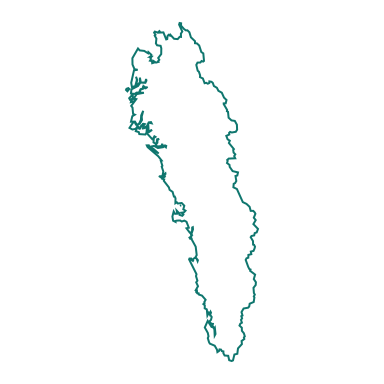 outline of Thandwe, Rakhine, Myanmar
{"feature_id": "60261553B46892654123535", "entity_name": "Thandwe", "entity_type": "district", "adm_level": 2, "iso_a3": "MMR", "parent_name": "Myanmar", "parent_adm1": "Rakhine", "projection": "albers", "projection_center": [94.444, 18.437], "detail": "fine", "context": "isolated", "style": "outline", "palette": "teal", "viewbox_px": 384, "rotation_deg": 0, "n_neighbors": 0, "source": "geoboundaries", "source_scale": "gbopen_adm2", "svg_char_len": 5977}
<svg xmlns="http://www.w3.org/2000/svg" viewBox="0 0 384 384"><path d="M246.5,203.9L242.8,202.1L236.9,189.0L233.4,187.3L233.7,183.8L235.1,183.1L236.3,181.0L235.5,176.0L237.3,175.5L238.0,172.4L232.6,171.1L229.7,166.9L229.5,164.9L227.0,163.0L227.7,160.8L227.2,160.0L228.7,158.6L235.2,158.3L234.2,156.1L235.3,154.3L233.6,152.6L233.2,149.9L233.9,149.1L228.9,143.0L229.8,140.7L227.6,139.3L226.3,135.9L229.3,134.5L229.1,132.9L230.1,131.9L231.8,132.5L235.8,131.8L237.1,129.7L236.9,124.7L234.8,120.9L231.5,120.4L228.6,117.7L228.0,111.8L226.9,111.2L227.1,109.9L223.7,104.1L223.7,103.4L225.7,103.3L226.5,100.0L224.0,97.6L221.8,92.7L218.4,90.8L216.9,87.8L213.9,86.0L212.8,82.9L211.5,81.8L209.4,81.4L209.3,83.0L207.8,83.7L206.2,82.8L204.6,83.2L202.9,78.5L200.0,77.1L200.1,75.3L198.9,71.7L197.7,70.7L196.3,64.9L197.5,62.6L200.4,62.5L201.6,61.0L203.1,61.6L204.0,60.9L203.3,53.4L201.3,52.0L199.2,45.5L196.9,43.4L195.0,43.2L195.0,41.2L190.9,37.3L189.4,32.3L187.4,30.3L185.9,30.4L184.1,29.1L181.0,25.6L181.1,23.3L179.6,23.0L179.1,24.6L182.3,31.5L180.9,33.6L181.0,36.9L179.7,36.8L177.7,39.1L174.1,38.8L170.3,34.7L169.9,35.6L168.6,34.8L167.5,36.1L167.2,39.1L166.2,39.4L163.4,32.4L159.4,32.6L160.0,31.9L159.4,31.1L157.8,32.6L154.8,31.6L154.1,32.6L155.5,34.8L154.7,35.6L156.4,38.6L155.9,43.4L157.1,45.3L160.6,45.8L161.3,48.3L161.2,54.1L158.2,58.0L159.3,59.8L158.1,61.2L158.5,61.9L156.0,62.6L153.8,61.2L154.1,62.6L152.2,63.2L152.0,61.1L150.0,60.7L151.0,59.1L150.4,58.0L151.5,56.8L149.9,56.8L151.4,55.7L151.4,54.8L148.4,52.1L148.1,53.3L144.2,50.9L139.7,50.4L138.0,48.5L132.4,58.2L132.5,64.5L134.5,69.2L137.7,69.8L134.0,70.3L131.2,82.8L131.9,86.9L135.2,86.2L136.9,79.9L136.0,76.7L137.2,79.9L136.0,86.2L139.9,82.4L139.9,77.6L140.8,82.5L145.2,82.5L146.1,79.0L146.4,80.7L145.4,82.8L140.4,82.6L138.0,86.0L131.5,89.3L130.9,93.5L134.7,93.9L136.6,92.6L139.0,92.6L140.4,89.4L140.9,89.0L142.9,88.5L143.1,86.6L143.6,86.2L144.8,86.9L145.2,88.0L147.6,86.9L145.6,88.3L145.0,88.2L143.5,86.4L143.1,88.7L140.4,89.7L139.8,92.6L143.9,92.8L136.7,94.1L133.8,98.4L136.3,99.1L131.2,105.9L132.5,107.6L133.1,113.9L134.8,114.7L132.3,116.2L131.0,121.7L135.0,121.6L136.9,124.9L139.1,123.6L140.9,119.9L141.2,115.4L143.2,110.8L141.7,116.7L142.0,120.0L139.9,123.5L137.4,125.1L136.0,124.7L134.7,122.1L133.0,122.6L129.5,127.9L132.4,129.5L135.7,128.9L137.5,126.2L139.7,128.2L141.5,125.2L142.8,125.1L143.0,123.9L143.5,123.8L144.8,124.1L143.7,125.5L143.6,128.1L147.0,126.0L148.7,122.4L151.0,122.1L151.6,123.3L148.9,122.7L148.2,123.5L148.5,129.0L147.8,131.5L152.1,129.9L148.8,132.2L147.3,132.1L147.0,133.4L152.4,139.3L153.5,138.9L153.4,138.1L154.4,136.3L155.4,136.9L153.8,138.0L153.5,142.4L155.5,143.6L156.6,143.0L157.1,139.3L159.1,138.8L157.4,140.2L157.4,142.7L155.9,144.6L157.0,146.5L161.3,146.1L162.4,143.7L162.2,146.1L165.0,145.4L166.2,145.9L165.9,147.3L164.6,146.2L163.1,147.2L157.9,148.0L154.1,145.9L150.6,146.6L150.2,147.3L153.0,148.5L158.7,153.5L150.1,147.8L148.8,145.3L146.8,145.4L147.6,147.1L158.3,156.3L161.7,160.6L160.8,160.8L162.4,165.8L161.7,166.6L163.3,171.5L162.6,175.3L165.4,173.3L165.5,173.9L164.0,175.3L165.5,176.8L164.1,176.4L164.0,177.1L162.2,177.6L162.1,178.7L164.2,179.4L163.8,180.8L168.9,187.4L169.6,189.8L172.6,191.9L173.9,196.5L174.7,196.5L175.5,198.3L175.4,203.2L176.8,202.3L177.8,203.5L181.7,203.0L184.3,205.7L183.3,209.3L185.5,210.7L183.9,212.4L181.6,212.7L183.4,214.6L182.3,215.8L179.6,214.9L179.6,213.7L176.7,210.6L177.3,213.7L175.0,213.8L173.7,211.5L172.4,216.5L173.1,220.7L175.5,221.9L175.4,221.0L176.9,220.6L180.2,220.5L181.8,221.5L184.3,220.6L186.5,221.8L188.8,227.7L186.5,228.3L189.9,232.8L190.9,232.8L192.1,230.8L192.2,227.5L192.8,227.2L193.0,229.3L191.4,234.1L192.5,235.9L191.0,234.3L191.3,236.4L189.5,237.6L190.2,238.7L192.0,237.7L191.3,238.7L195.7,246.7L196.7,255.1L195.5,257.2L197.9,260.2L197.6,261.1L196.6,258.5L194.9,257.8L192.1,259.8L193.1,260.5L192.9,260.9L191.6,260.0L191.1,258.5L189.5,258.5L189.1,259.4L196.5,274.2L196.0,276.1L197.4,280.7L196.2,282.3L198.0,286.2L195.8,290.1L196.9,290.3L197.0,291.8L196.2,291.2L196.2,292.1L197.5,293.5L198.6,293.3L199.0,294.6L202.0,295.6L205.6,299.8L204.3,302.1L204.6,303.1L203.4,304.1L204.8,305.3L204.7,308.3L206.8,309.4L207.4,315.5L208.8,312.7L209.7,314.4L210.6,311.9L211.0,312.7L210.1,314.7L211.7,317.0L211.0,319.8L209.3,321.6L211.5,323.8L212.9,323.9L212.4,326.2L214.2,327.5L214.6,329.0L214.9,328.4L215.5,334.0L214.7,335.5L214.4,329.3L213.1,327.3L211.5,326.9L207.7,320.9L204.8,327.5L207.8,332.9L208.5,336.3L207.8,338.1L209.0,342.1L209.8,343.6L214.7,345.7L217.0,349.7L217.4,352.1L219.0,351.0L219.5,349.4L221.0,349.6L221.8,351.1L223.4,351.4L223.4,353.3L224.6,355.5L228.2,355.8L229.2,360.2L231.7,361.0L233.0,360.4L234.4,354.5L237.3,353.8L238.0,348.4L241.9,344.1L241.6,341.0L244.3,339.0L243.9,337.4L244.8,336.4L243.9,333.3L241.9,330.8L241.8,327.7L239.5,325.6L240.3,323.7L241.9,322.7L241.0,319.9L242.1,318.3L241.3,316.2L242.5,315.5L241.5,312.1L243.6,308.5L248.1,307.7L249.2,306.5L249.7,303.7L253.7,302.0L254.4,297.4L253.8,296.5L254.8,294.6L253.9,293.0L253.5,287.8L255.7,285.0L255.9,282.2L253.8,279.1L255.1,274.6L250.1,270.8L250.5,269.5L249.3,269.0L248.2,266.8L245.7,259.9L246.5,258.3L248.3,257.7L248.4,254.9L251.3,254.2L250.8,251.6L253.5,250.9L254.5,248.6L255.0,246.7L254.1,244.9L253.1,244.6L253.0,241.1L250.7,237.2L251.5,236.0L254.2,235.4L254.7,233.1L256.7,232.4L258.0,228.9L253.4,224.1L255.7,220.1L253.8,217.7L255.4,213.8L254.7,212.4L253.3,210.9L250.7,210.9L249.6,206.8L246.5,203.9ZM143.0,128.2L143.3,126.0L144.4,124.2L143.1,124.1L143.1,124.9L142.7,125.4L141.6,125.6L140.1,128.6L139.3,128.8L137.4,126.8L135.8,131.2L138.8,132.1L139.3,134.1L145.4,134.5L146.5,132.6L147.0,126.4L144.7,128.1L143.0,128.2ZM130.9,102.1L134.3,101.2L135.6,99.3L133.3,98.8L131.4,100.1L130.9,102.1ZM130.0,99.7L132.8,98.6L132.8,95.4L132.1,95.1L129.2,98.2L130.0,99.7ZM127.4,91.3L129.3,89.0L128.3,88.1L126.5,88.8L126.0,89.9L127.4,91.3ZM161.0,176.2L159.7,176.3L159.6,176.5L161.1,177.5L161.0,176.2ZM180.0,205.9L181.2,205.2L180.0,205.9Z" fill="none" stroke="#0f766e" stroke-width="2"/></svg>